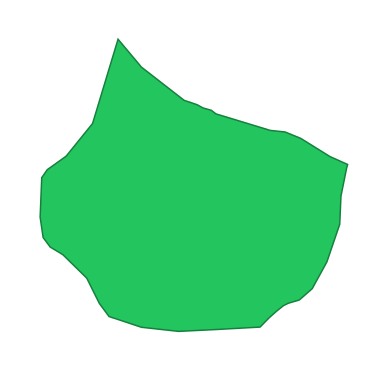 Almolonga, Quezaltenango, Guatemala (Natural Earth projection), rotated 278°
{"feature_id": "79465075B59267896905043", "entity_name": "Almolonga", "entity_type": "district", "adm_level": 2, "iso_a3": "GTM", "parent_name": "Guatemala", "parent_adm1": "Quezaltenango", "projection": "natural_earth1", "projection_center": [-91.484, 14.812], "detail": "fine", "context": "isolated", "style": "filled", "palette": "green", "viewbox_px": 384, "rotation_deg": 278, "n_neighbors": 0, "source": "geoboundaries", "source_scale": "gbopen_adm2", "svg_char_len": 605}
<svg xmlns="http://www.w3.org/2000/svg" viewBox="0 0 384 384"><g transform="rotate(278 192 192)"><path d="M333.0,97.5L246.0,84.0L210.0,62.4L194.0,45.6L185.3,41.2L146.0,45.1L126.2,50.9L117.7,59.3L111.9,72.9L92.0,99.8L68.7,115.8L57.1,127.2L51.0,160.7L52.1,198.1L59.1,234.7L67.7,278.2L77.9,285.7L85.7,292.3L92.2,298.4L95.2,302.8L100.0,313.3L113.0,324.5L141.5,335.3L180.6,342.8L208.6,340.1L237.2,341.8L240.9,342.3L246.3,323.7L260.2,292.3L264.4,275.8L263.9,260.8L272.7,204.8L275.6,199.8L276.8,191.1L279.1,185.1L281.7,171.4L308.6,124.6L333.0,97.5Z" fill="#22c55e" stroke="#15803d" stroke-width="1.5"/></g></svg>